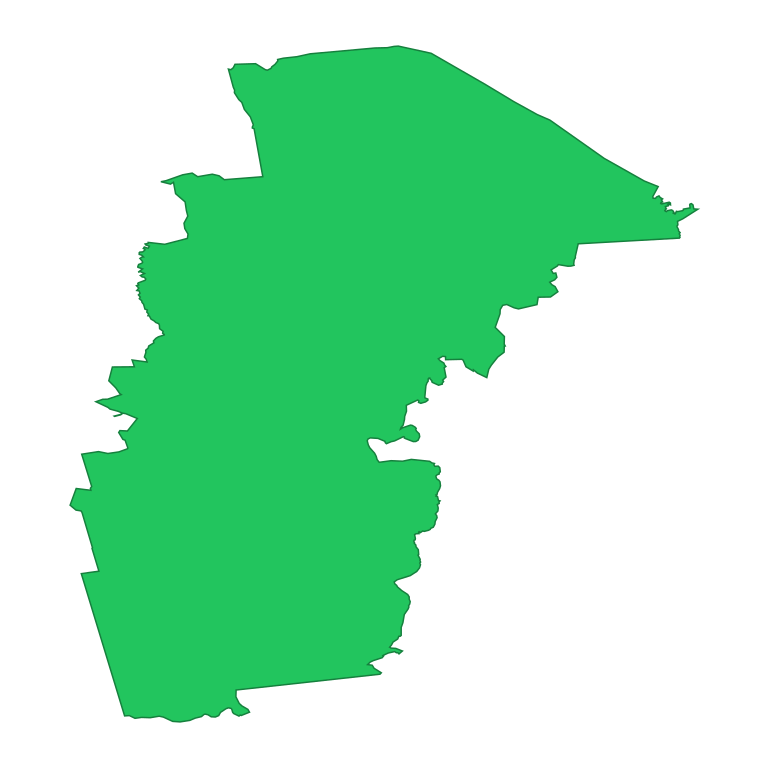 Usmas pag., Ventspils, Latvia (Equal Earth projection)
{"feature_id": "27541924B16194119386281", "entity_name": "Usmas pag.", "entity_type": "district", "adm_level": 2, "iso_a3": "LVA", "parent_name": "Latvia", "parent_adm1": "Ventspils", "projection": "equal_earth", "projection_center": [22.177, 57.218], "detail": "fine", "context": "isolated", "style": "filled", "palette": "green", "viewbox_px": 768, "rotation_deg": 0, "n_neighbors": 0, "source": "geoboundaries", "source_scale": "gbopen_adm2", "svg_char_len": 6092}
<svg xmlns="http://www.w3.org/2000/svg" viewBox="0 0 768 768"><path d="M439.2,474.0L439.2,472.8L440.3,471.8L439.8,467.7L438.2,466.1L434.8,466.3L433.8,464.8L434.5,463.5L431.9,462.9L429.6,461.3L411.3,459.4L402.6,461.2L391.1,460.7L379.2,462.3L377.1,459.6L376.2,456.3L374.6,453.2L369.7,447.7L368.3,444.9L367.2,440.7L368.1,438.9L370.3,437.9L378.0,438.4L384.9,441.3L385.3,442.7L386.4,443.7L391.1,441.7L394.6,440.9L403.3,436.7L404.3,437.0L404.3,438.0L405.5,438.6L413.3,441.6L415.8,441.5L418.1,440.2L419.7,436.7L419.2,433.8L416.5,431.1L415.7,429.5L416.2,428.4L415.2,427.2L412.2,425.4L410.5,425.1L402.5,427.8L400.4,429.2L400.9,427.6L403.1,425.2L404.5,419.5L404.7,416.4L406.5,411.2L406.3,405.3L417.7,400.0L418.8,400.7L418.5,402.4L420.8,403.3L425.6,401.9L427.9,400.2L427.9,399.1L425.0,397.9L424.8,397.2L425.9,385.7L427.0,382.7L428.1,381.3L428.2,378.9L429.0,378.0L429.9,378.1L430.0,379.0L431.8,380.6L431.9,381.9L432.6,382.5L438.6,385.2L442.3,384.1L442.3,383.0L443.6,381.6L442.7,380.1L446.0,377.1L444.2,367.7L445.9,366.5L444.6,365.0L443.9,363.1L440.0,360.6L438.3,358.8L442.6,356.3L445.5,356.6L445.6,359.7L461.8,359.3L463.1,360.1L466.0,366.8L473.2,371.1L473.4,369.8L477.4,373.1L486.8,377.6L488.8,369.2L491.3,365.2L497.8,357.0L504.1,352.2L504.3,346.1L505.2,346.0L504.2,344.1L504.4,336.5L495.2,327.4L500.0,313.8L500.2,309.6L502.7,305.3L506.8,304.5L514.1,307.8L518.5,308.9L537.0,304.6L538.2,297.2L550.5,297.0L557.9,291.7L555.1,286.6L551.9,284.7L549.7,282.2L554.7,279.8L556.9,277.3L555.8,273.0L553.2,273.4L551.1,269.9L557.5,265.9L558.3,264.6L567.8,266.2L570.9,266.1L574.1,265.3L573.7,264.1L574.2,259.8L575.4,257.9L575.3,256.4L578.2,243.8L679.4,238.1L680.0,237.3L679.6,236.7L680.1,235.3L679.2,233.9L680.1,232.6L678.6,231.1L678.5,229.6L677.0,226.7L677.1,225.7L677.9,224.9L677.5,221.4L682.8,218.8L697.9,209.2L693.8,208.9L693.0,204.9L691.4,203.6L690.1,204.0L689.7,204.8L690.1,207.9L683.4,209.1L683.3,210.1L682.5,210.7L677.7,211.6L676.4,211.3L675.7,212.9L674.8,213.3L675.3,213.7L675.0,214.0L673.2,213.1L673.8,212.2L672.7,210.5L671.3,209.9L667.2,210.7L666.5,211.6L665.4,211.3L664.8,210.5L666.3,208.8L665.5,208.2L665.9,207.1L665.5,206.5L668.3,205.8L668.6,205.2L667.8,204.3L668.6,203.8L670.5,204.8L670.4,203.0L669.2,202.2L661.8,203.9L660.7,203.5L661.0,202.5L662.6,201.9L661.4,199.8L662.6,198.9L660.2,197.5L659.0,195.9L656.5,197.0L655.5,198.4L653.1,198.2L652.8,196.5L658.2,186.6L644.3,181.0L604.2,158.4L549.9,120.1L537.1,114.5L513.6,101.5L485.9,84.8L431.2,53.3L398.3,46.1L394.1,46.4L387.3,47.7L374.8,48.0L310.2,53.8L296.9,56.7L283.3,58.2L277.6,59.5L277.9,60.8L275.0,64.4L271.8,66.8L271.0,68.4L267.3,70.2L265.2,69.6L255.6,63.7L235.0,64.3L233.3,67.7L230.9,69.7L228.4,69.1L233.3,87.2L234.6,90.1L234.4,92.7L238.8,99.6L241.8,102.4L244.4,109.5L250.3,116.8L253.1,124.2L253.3,125.0L252.4,126.8L252.3,128.0L254.1,128.7L262.8,176.7L224.3,179.7L219.1,175.8L212.3,174.2L197.7,176.7L192.2,173.1L182.7,174.8L166.0,180.7L160.9,181.7L170.5,184.1L173.5,182.3L175.6,193.7L185.1,201.9L186.4,210.6L187.8,216.1L184.0,223.2L184.8,228.6L188.0,234.0L187.4,238.4L164.8,244.3L148.2,242.4L148.2,243.3L145.1,244.0L145.7,244.9L149.4,246.2L148.1,248.3L144.3,247.0L143.3,248.5L145.0,249.3L144.8,250.2L142.7,251.9L139.8,252.1L139.2,252.7L139.2,254.4L141.8,255.2L143.4,256.9L142.1,257.0L139.9,258.4L142.3,261.2L142.6,262.4L141.7,263.3L138.6,264.5L137.8,266.6L137.9,267.3L142.6,268.9L138.2,272.2L140.3,271.6L144.5,273.5L140.4,275.5L142.2,277.0L144.2,277.2L145.8,279.0L145.1,280.3L138.2,282.9L137.8,283.6L138.7,284.9L136.5,285.7L138.8,288.1L136.8,290.5L139.1,290.9L140.0,293.3L138.4,294.9L140.3,297.1L139.3,298.7L141.7,300.7L142.0,302.4L143.6,304.3L144.9,309.1L147.3,310.0L146.8,312.1L148.6,314.0L147.9,315.7L149.3,315.9L151.0,319.1L154.1,320.9L155.8,322.5L158.7,323.7L159.4,325.1L159.6,328.7L163.1,331.3L162.6,333.2L164.3,334.5L164.2,335.0L158.4,336.8L155.8,338.4L153.4,341.0L153.9,342.8L148.7,346.0L148.1,348.2L145.7,350.2L145.9,352.4L144.4,357.0L146.2,359.2L147.1,362.0L132.1,360.0L134.4,366.8L112.4,367.0L108.8,380.8L115.8,387.9L119.7,393.5L121.2,394.6L107.5,399.2L102.7,399.3L95.9,401.7L108.0,407.4L110.0,409.1L118.1,411.3L122.4,413.1L120.4,414.5L114.2,416.1L114.6,416.4L120.7,414.8L122.9,413.2L125.8,413.7L137.3,418.5L127.4,431.0L119.9,430.6L118.7,432.5L122.9,439.4L125.1,440.2L127.9,448.1L127.2,448.9L118.9,451.9L107.9,453.5L98.5,451.6L81.7,454.2L91.7,486.5L90.4,488.3L90.9,490.3L76.2,488.5L70.1,505.2L76.0,510.1L81.0,510.9L82.0,512.4L92.5,547.8L92.0,548.3L98.9,571.2L81.3,573.6L124.6,715.9L129.4,715.6L135.0,718.3L141.6,717.4L150.2,717.7L159.2,716.2L163.4,717.1L172.7,721.4L180.1,721.9L189.8,720.4L195.3,718.1L201.5,716.6L203.9,714.5L205.2,714.1L208.1,714.8L211.2,716.8L215.4,717.0L218.7,715.6L220.5,712.4L226.0,708.7L228.5,707.8L231.0,708.4L231.8,709.3L232.6,712.2L233.6,713.5L239.0,716.1L240.2,715.0L241.2,715.5L249.5,712.2L247.9,709.4L241.9,705.9L239.2,703.4L235.9,696.8L236.1,690.0L380.0,674.2L381.3,672.8L374.1,668.3L372.2,665.2L367.6,664.6L370.2,662.1L373.3,660.6L382.2,657.7L383.5,656.1L382.8,655.7L383.1,655.4L388.3,653.0L394.7,651.6L396.3,652.7L397.8,652.7L399.0,653.9L402.4,651.0L395.8,648.4L391.1,648.1L389.6,647.2L391.5,645.0L393.0,642.1L397.7,639.0L398.8,636.3L400.3,636.2L401.2,635.4L401.2,627.4L402.9,622.7L404.3,614.5L408.1,609.0L408.9,607.0L408.6,605.8L409.7,604.1L410.2,601.6L409.2,599.2L409.2,596.9L407.7,594.5L401.9,590.7L397.4,586.9L396.7,585.4L394.8,583.8L394.2,581.9L397.3,579.7L410.3,575.6L416.8,571.4L419.5,567.9L420.5,564.7L419.7,563.1L420.6,562.1L419.9,560.2L420.2,559.3L418.0,555.1L418.7,554.5L418.3,549.7L415.9,546.6L415.9,545.1L414.3,543.3L414.5,542.6L413.9,541.7L414.0,540.3L415.1,539.9L415.4,538.8L414.6,534.6L415.9,533.8L419.0,533.6L418.6,532.2L419.1,531.6L420.4,532.6L422.7,531.0L424.2,531.4L428.5,530.3L430.2,529.4L430.8,528.3L433.3,527.2L434.9,524.2L435.2,521.5L437.1,517.7L436.7,515.6L435.4,513.9L437.9,511.0L438.2,508.0L437.3,504.5L439.2,503.5L439.0,502.0L440.0,500.9L438.4,500.4L437.6,496.7L436.0,496.1L436.6,495.3L436.2,494.9L437.0,494.7L437.5,492.3L439.6,488.7L440.5,485.8L440.0,481.8L438.9,480.3L436.6,478.8L435.8,476.1L437.2,474.7L439.2,474.0Z" fill="#22c55e" stroke="#15803d" stroke-width="1.5"/></svg>